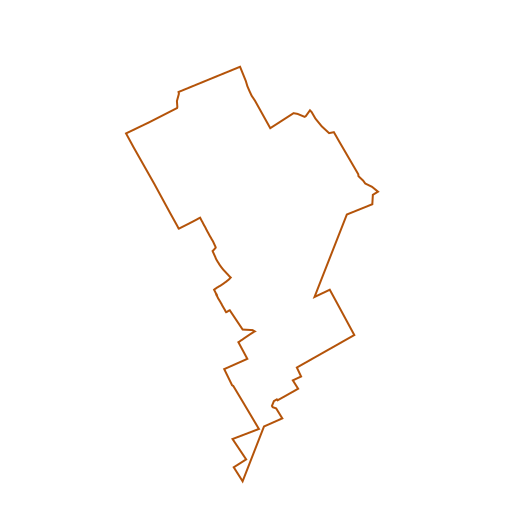 Chikindzonot, Yucatán, Mexico (Robinson projection), rotated 326°
{"feature_id": "50627088B66284744299832", "entity_name": "Chikindzonot", "entity_type": "district", "adm_level": 2, "iso_a3": "MEX", "parent_name": "Mexico", "parent_adm1": "Yucatán", "projection": "robinson", "projection_center": [-88.567, 20.253], "detail": "fine", "context": "isolated", "style": "outline", "palette": "amber", "viewbox_px": 512, "rotation_deg": 326, "n_neighbors": 0, "source": "geoboundaries", "source_scale": "gbopen_adm2", "svg_char_len": 2952}
<svg xmlns="http://www.w3.org/2000/svg" viewBox="0 0 512 512"><g transform="rotate(326 256 256)"><path d="M387.1,257.0L387.0,253.5L386.1,249.5L385.6,247.1L386.5,245.4L387.9,224.1L389.0,207.5L389.8,196.9L385.3,195.0L383.0,185.2L382.3,177.6L382.1,175.2L382.6,167.8L382.2,165.4L375.5,167.9L374.1,167.8L369.9,161.4L367.0,158.6L339.3,158.0L341.9,127.8L342.0,126.5L342.0,120.7L342.8,115.7L343.8,110.4L345.4,105.3L348.6,90.2L324.6,85.2L283.5,76.7L282.8,78.4L277.1,83.3L274.1,88.5L273.3,89.2L242.9,85.5L216.8,81.7L215.3,97.3L212.0,139.4L209.0,170.6L208.8,172.8L207.6,186.6L207.2,190.1L207.7,190.3L208.1,190.3L208.3,190.3L209.0,190.4L219.1,191.7L219.3,191.7L221.0,191.9L221.7,192.0L223.4,192.2L223.8,192.2L224.3,192.3L226.3,192.5L227.1,192.6L228.6,192.7L230.4,192.9L231.1,193.0L231.0,193.8L230.9,194.5L230.7,196.1L230.6,197.1L230.6,197.8L230.5,198.6L230.3,199.6L230.3,200.6L230.1,201.4L230.1,202.6L229.9,204.6L229.7,205.7L229.6,206.9L229.4,208.4L229.2,211.0L229.1,211.7L229.0,212.7L228.9,213.7L228.8,216.0L228.7,216.7L228.6,217.8L228.6,218.8L228.5,219.9L228.4,220.6L228.1,222.4L227.9,223.6L227.6,225.6L227.5,225.9L227.3,226.5L227.1,226.6L226.8,226.7L225.2,227.1L224.0,227.4L223.4,227.5L222.8,227.6L222.6,228.5L222.3,230.4L222.0,232.1L221.7,234.0L221.5,234.8L221.3,235.7L221.2,236.6L221.1,237.6L221.1,238.1L221.0,239.2L221.0,239.4L221.0,241.3L221.0,241.6L220.9,241.9L220.9,243.7L221.0,246.3L221.1,247.3L221.1,247.6L221.2,248.7L221.3,249.5L221.4,250.2L221.6,251.3L221.8,252.6L222.1,254.7L222.2,254.9L222.3,255.7L222.4,256.5L222.6,257.8L222.8,258.9L223.0,259.7L221.6,260.0L221.4,260.1L220.2,260.3L219.4,260.4L219.1,260.4L217.5,260.5L217.3,260.6L215.8,260.6L215.1,260.6L213.7,260.7L212.6,260.7L211.5,260.7L211.2,260.7L209.6,260.7L208.9,260.6L208.2,260.5L207.2,260.5L206.1,260.4L205.1,260.4L204.4,260.5L204.0,260.4L202.4,260.5L202.3,261.2L202.2,262.2L202.1,262.9L201.9,264.2L201.9,265.4L201.8,266.2L201.4,266.1L201.3,266.8L201.3,267.4L201.1,268.8L200.9,270.1L200.9,270.7L200.9,271.8L200.8,272.3L200.8,273.4L200.8,273.7L200.7,274.5L200.6,275.6L200.6,276.4L200.4,277.6L200.3,279.0L200.2,280.5L200.1,282.2L200.0,283.8L199.8,284.8L199.8,285.3L199.8,285.9L200.3,286.0L201.1,286.1L202.7,286.1L203.9,286.3L203.8,309.5L211.7,315.5L212.8,317.8L212.1,317.7L211.2,317.7L210.3,317.7L207.7,317.6L206.7,317.6L205.2,317.6L204.0,317.6L203.7,317.6L202.5,317.6L201.2,317.6L199.7,317.6L197.6,317.7L196.8,317.6L196.4,317.6L195.0,317.7L194.2,317.7L193.5,317.6L193.2,317.6L191.3,336.4L166.4,332.0L163.9,349.8L164.5,351.0L163.5,369.8L161.7,400.8L161.7,401.0L134.2,394.6L134.1,419.1L119.4,418.7L119.0,433.0L118.9,435.3L167.3,401.8L187.0,405.3L187.0,405.1L187.5,393.6L185.3,390.7L185.4,389.2L189.7,386.3L193.1,386.5L193.2,387.7L216.7,389.6L217.0,379.7L226.0,381.1L227.5,371.3L293.3,376.5L296.7,342.0L298.3,325.2L291.4,324.2L291.0,324.1L281.6,322.7L295.9,312.8L354.5,272.4L381.4,278.1L387.1,270.6L393.1,270.9L390.9,263.6L387.1,257.0Z" fill="none" stroke="#b45309" stroke-width="2"/></g></svg>